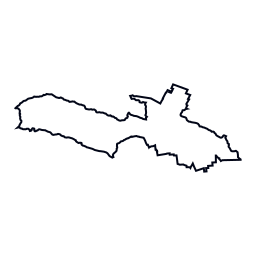 Ruginesti, Vrancea, Romania (Natural Earth projection)
{"feature_id": "2599482B20408246844877", "entity_name": "Ruginesti", "entity_type": "district", "adm_level": 2, "iso_a3": "ROU", "parent_name": "Romania", "parent_adm1": "Vrancea", "projection": "natural_earth1", "projection_center": [27.072, 46.081], "detail": "fine", "context": "isolated", "style": "outline", "palette": "ink", "viewbox_px": 256, "rotation_deg": 0, "n_neighbors": 0, "source": "geoboundaries", "source_scale": "gbopen_adm2", "svg_char_len": 5856}
<svg xmlns="http://www.w3.org/2000/svg" viewBox="0 0 256 256"><path d="M225.3,137.8L226.1,136.2L224.2,135.4L223.7,135.4L223.4,135.6L222.3,137.2L221.1,137.7L220.4,137.6L217.4,136.0L216.4,135.3L216.1,134.9L215.5,133.6L214.6,133.1L214.4,132.7L214.1,132.1L213.8,131.9L213.2,131.6L211.6,131.7L211.2,131.1L210.8,130.8L209.9,130.3L209.0,130.1L208.3,129.7L207.4,128.9L206.2,128.4L205.6,128.2L204.4,127.6L202.5,127.2L201.6,126.6L199.6,126.4L199.1,125.1L198.5,124.5L198.2,123.9L196.8,123.2L195.2,122.8L192.0,122.3L191.0,122.1L190.6,121.8L188.8,121.6L187.0,120.2L186.8,119.9L186.4,118.5L186.0,117.8L185.3,117.4L182.0,116.4L181.1,115.9L180.7,115.5L180.6,114.9L180.6,114.3L180.9,113.9L181.0,113.4L182.0,112.2L182.6,110.3L184.5,110.1L185.5,109.1L187.0,108.8L186.3,108.5L186.2,107.5L187.4,105.4L186.5,104.8L186.4,103.8L189.1,99.4L188.0,99.0L190.2,95.0L185.9,93.4L187.6,89.7L173.1,84.4L171.4,88.2L173.0,88.8L172.2,90.1L172.4,90.2L171.6,91.8L171.0,92.8L169.2,92.1L169.8,91.0L167.6,90.1L166.4,92.5L165.9,92.5L162.9,98.2L163.1,98.3L162.9,99.0L161.6,101.0L160.3,103.5L150.9,98.4L136.1,96.1L135.5,96.3L134.1,96.2L133.4,95.9L132.7,95.3L131.6,95.7L130.2,95.9L131.4,98.6L131.6,98.9L132.9,98.7L134.3,98.8L136.0,100.2L136.3,100.2L138.6,100.2L139.4,100.8L139.6,102.2L140.2,102.4L141.8,102.7L142.6,102.4L143.0,102.0L144.0,102.4L145.8,102.6L145.4,103.3L145.1,104.4L145.1,104.9L145.7,105.6L146.0,106.8L145.6,108.8L145.8,109.3L146.0,111.3L146.1,112.7L145.9,114.1L145.4,115.1L145.4,115.3L145.8,115.8L146.9,116.8L146.0,117.6L146.0,117.9L146.1,119.5L143.2,119.0L142.1,118.3L140.0,117.7L138.3,116.8L137.6,116.6L136.7,116.2L133.7,115.8L132.7,115.3L131.9,115.1L130.7,114.7L130.0,114.1L129.4,113.2L128.9,112.7L128.3,113.1L127.3,115.2L127.8,116.4L127.5,116.7L127.5,117.5L127.4,117.7L126.8,118.1L126.3,118.1L125.5,118.6L124.7,120.0L123.9,120.2L121.9,120.3L120.5,120.7L119.6,120.6L118.8,120.3L117.8,119.7L117.1,119.4L116.4,118.3L115.9,118.1L114.8,117.8L114.2,117.1L113.5,116.7L113.2,116.5L112.3,116.6L111.6,116.1L111.3,116.2L110.7,115.5L110.3,115.3L109.1,115.7L107.7,115.3L106.8,114.6L105.8,113.6L104.6,113.4L102.9,112.6L100.8,112.6L99.4,112.2L98.0,112.4L96.9,112.4L96.1,111.8L95.8,110.6L94.3,109.5L93.2,109.5L92.2,109.7L91.2,109.2L89.1,109.5L86.4,109.0L85.7,108.7L85.5,108.4L85.2,107.7L84.8,106.4L83.9,105.5L82.4,105.2L81.3,104.6L79.9,104.6L79.3,104.5L76.4,103.2L74.9,102.1L74.4,101.6L73.2,101.6L72.5,101.4L71.2,101.7L70.2,101.8L69.7,101.9L69.2,101.7L68.5,100.9L67.9,100.7L66.9,100.6L65.0,99.8L63.9,99.6L63.6,99.3L63.3,98.9L63.0,98.5L62.1,98.2L61.5,97.7L60.4,97.5L60.0,97.9L59.0,98.0L56.2,97.3L51.7,94.3L49.6,94.4L46.5,94.0L46.1,94.5L45.3,94.8L44.4,95.1L43.6,94.9L42.6,95.8L41.7,96.3L39.7,96.4L39.2,96.7L38.2,96.8L37.0,96.7L36.0,96.9L34.8,96.6L34.1,96.6L33.7,97.1L31.8,98.0L30.0,98.3L28.2,98.7L25.6,100.6L23.9,100.9L23.3,101.2L22.3,102.2L20.9,103.1L20.3,103.3L20.0,103.7L19.8,104.4L19.0,105.3L17.7,106.0L15.4,108.2L15.5,108.3L16.8,108.2L18.2,108.5L18.6,108.8L19.6,110.0L19.9,110.9L19.8,111.5L19.7,112.0L19.7,112.9L19.6,113.2L20.1,113.7L20.2,114.0L19.7,114.8L19.9,116.0L20.3,116.6L20.3,117.5L20.1,118.1L20.3,119.2L20.5,119.9L21.3,120.6L21.4,121.0L21.3,122.1L21.1,122.5L20.3,123.6L19.5,125.1L19.5,125.7L18.7,126.6L17.6,127.6L19.3,127.2L19.6,127.6L20.4,128.3L22.0,128.6L22.2,128.9L22.6,129.1L24.0,129.3L24.4,129.2L25.5,129.3L26.5,129.0L26.6,128.8L28.1,128.7L29.1,129.4L29.5,129.9L29.9,131.0L30.9,130.8L31.6,130.1L31.5,129.6L32.5,128.3L33.4,128.4L34.0,128.5L34.3,128.8L34.3,129.3L34.2,129.8L34.4,130.0L34.3,130.3L34.5,130.9L34.7,131.2L35.0,131.3L35.8,131.2L36.7,130.6L37.5,130.5L38.5,129.6L39.0,129.3L39.6,129.3L42.0,130.0L45.4,130.3L45.9,130.7L46.6,130.9L47.4,131.5L50.2,132.3L50.6,132.6L52.1,134.4L53.2,134.9L55.5,134.5L56.8,134.4L58.0,133.9L59.5,134.2L60.4,134.6L60.8,135.3L61.7,135.7L62.3,136.1L63.2,136.1L64.0,136.4L64.5,137.1L64.8,137.3L66.7,137.6L67.6,137.4L68.8,137.4L72.3,138.4L74.2,139.4L74.7,139.8L75.8,140.3L75.9,141.1L76.6,141.8L78.5,143.0L80.0,142.7L81.4,142.9L81.6,143.2L81.3,143.6L81.7,144.7L81.9,144.9L82.8,145.6L83.7,145.7L84.4,146.1L85.5,146.4L86.8,147.3L87.8,147.5L92.6,148.9L94.8,150.0L95.6,150.2L99.3,151.1L100.7,151.2L104.0,151.7L105.8,152.3L106.4,152.5L107.6,153.4L109.6,156.1L112.3,157.6L113.3,157.1L113.0,156.7L113.2,156.2L112.9,155.0L113.5,153.7L113.8,153.4L114.3,153.1L114.6,152.7L115.5,152.0L116.4,151.0L116.4,150.7L116.7,150.0L116.7,148.5L117.2,147.8L117.2,146.9L116.9,146.2L117.0,145.5L117.0,144.1L117.4,143.6L118.8,143.2L119.5,142.8L120.2,142.2L120.7,141.5L122.8,141.0L123.7,140.4L124.0,140.0L125.2,139.6L126.1,138.9L126.6,138.8L127.2,138.4L127.8,138.4L128.0,138.2L128.5,138.1L131.2,136.5L131.8,136.5L132.0,136.9L134.5,136.3L136.6,136.0L137.5,136.5L138.9,136.6L139.1,136.9L139.5,137.0L141.4,137.3L143.6,137.8L144.3,139.0L145.2,140.8L145.9,142.8L147.0,144.9L147.9,144.8L149.0,147.5L149.3,147.1L150.1,147.0L150.3,146.7L151.7,146.3L153.2,146.2L155.1,145.3L155.5,149.4L155.6,149.8L156.3,149.7L156.8,150.9L157.1,150.9L157.2,151.5L156.9,151.6L157.6,155.3L166.2,153.9L166.8,153.6L168.4,153.4L169.3,153.5L169.6,153.4L169.7,154.7L173.7,154.4L173.8,155.4L173.9,155.5L176.5,155.4L176.9,158.2L177.6,163.9L178.5,164.2L179.8,164.7L183.4,164.5L184.2,165.0L186.5,165.7L186.6,167.2L189.1,167.2L189.9,167.4L190.4,168.0L190.8,166.9L191.9,165.2L192.8,163.5L194.0,166.5L196.0,170.8L203.8,168.2L204.2,171.6L206.5,171.4L206.1,168.1L208.3,168.0L208.1,165.9L212.6,165.6L212.3,162.5L215.9,162.3L215.8,155.5L216.1,155.5L216.5,156.0L216.9,156.7L218.4,158.0L219.3,158.3L219.3,158.5L219.2,159.0L220.6,160.4L220.9,161.0L222.4,160.2L240.6,159.8L240.6,159.4L239.1,158.3L238.0,157.2L237.9,154.6L237.6,152.6L237.6,152.3L237.3,152.0L236.0,150.9L235.5,150.9L234.7,151.2L232.7,151.3L231.9,151.2L231.1,150.8L229.7,148.1L228.7,146.9L228.6,146.6L228.6,146.0L228.9,145.4L228.8,144.9L228.9,144.1L227.6,143.2L227.4,141.3L226.4,140.0L225.8,138.6L225.3,137.8Z" fill="none" stroke="#020617" stroke-width="2"/></svg>